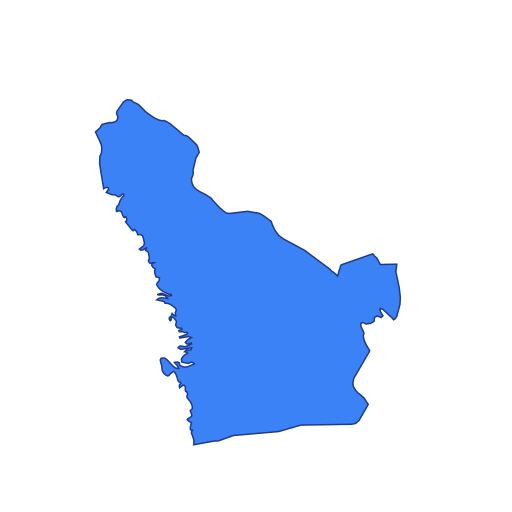 outline of Gävleborg, rotated 159°
{"feature_id": "SWE-178", "entity_name": "Gävleborg", "entity_type": "County", "adm_level": 1, "iso_a3": "SWE", "parent_name": "Sweden", "parent_adm1": "", "projection": "albers", "projection_center": [16.784, 61.282], "detail": "fine", "context": "isolated", "style": "filled", "palette": "blue", "viewbox_px": 512, "rotation_deg": 159, "n_neighbors": 0, "source": "natural_earth", "source_scale": "10m", "svg_char_len": 4945}
<svg xmlns="http://www.w3.org/2000/svg" viewBox="0 0 512 512"><g transform="rotate(159 256 256)"><path d="M381.8,102.1L380.4,105.1L379.9,107.6L379.7,111.1L379.8,113.3L379.4,114.8L377.7,116.2L379.5,117.3L378.7,119.7L376.0,123.7L377.0,124.6L378.2,126.2L378.9,127.8L378.1,128.5L374.1,129.2L373.2,129.8L372.8,131.6L373.0,133.6L372.8,135.2L371.0,135.9L370.2,136.4L369.6,137.8L369.3,139.7L369.3,142.0L369.7,144.2L370.8,147.3L371.1,148.7L370.8,149.9L369.7,150.8L369.4,151.7L369.3,151.4L369.3,152.7L369.3,154.2L369.7,154.2L370.1,154.7L370.2,155.6L369.7,157.2L369.3,158.0L369.0,158.9L368.9,159.9L369.2,160.8L370.3,161.6L374.6,160.3L374.2,162.0L373.6,163.1L372.8,163.7L371.8,163.9L371.8,165.3L373.2,166.1L373.5,168.1L373.2,170.8L373.1,173.6L373.6,176.9L374.3,177.8L378.4,176.7L379.8,175.8L381.3,175.6L382.9,177.2L384.0,179.3L384.5,181.3L384.5,183.3L383.9,185.2L383.3,187.6L383.1,190.7L382.6,193.3L381.4,194.4L379.7,194.3L378.4,193.7L377.2,192.6L376.1,190.7L373.0,183.1L371.2,180.2L368.5,178.7L368.6,181.0L369.1,182.7L370.3,185.9L367.1,185.1L365.9,183.7L366.2,181.0L363.1,178.1L359.5,177.1L352.2,177.4L353.3,179.4L354.6,180.1L357.5,179.9L363.3,183.5L362.6,186.5L360.0,188.5L356.9,189.5L354.7,189.7L354.7,190.9L355.3,191.1L357.0,192.2L354.6,193.3L350.7,191.6L348.9,193.4L359.7,195.8L361.7,198.2L359.8,199.2L358.3,198.9L355.3,197.0L353.4,196.6L347.7,197.0L347.7,198.2L350.8,198.1L352.1,198.7L353.0,200.6L349.4,202.5L345.5,203.0L347.7,204.9L356.5,206.7L356.5,207.9L348.4,207.6L347.5,208.6L348.3,209.5L350.2,210.2L351.8,211.8L353.9,212.3L354.8,212.8L354.8,214.1L351.3,214.1L351.3,215.2L354.6,216.8L355.4,217.7L355.8,219.9L355.3,221.1L354.5,222.1L353.7,223.8L354.2,225.4L354.5,226.8L355.2,228.0L356.1,228.8L357.2,228.8L357.7,227.9L358.1,226.8L358.9,226.2L359.5,226.8L359.6,228.0L359.2,229.3L358.4,229.9L357.4,230.0L356.5,230.5L355.7,231.3L354.9,232.4L354.3,231.1L353.3,229.4L352.4,228.8L351.7,232.1L350.0,233.7L349.7,235.5L350.1,236.5L352.6,240.8L355.1,243.2L357.9,244.6L358.1,246.5L364.4,250.6L361.9,251.3L359.1,250.8L353.8,248.1L355.1,251.7L357.4,253.3L360.0,254.1L362.1,255.4L358.4,255.2L356.9,254.7L352.4,250.3L351.0,249.7L349.1,249.5L349.1,250.7L351.2,251.7L353.8,254.3L356.3,257.4L358.0,260.4L359.1,264.7L357.8,266.3L355.5,267.4L353.9,270.2L356.9,272.5L356.5,277.0L355.9,278.5L354.6,279.9L356.3,282.4L356.7,284.6L355.7,286.1L353.5,286.2L354.4,286.7L356.8,286.7L357.6,287.2L358.0,288.3L358.2,289.5L358.0,290.5L357.3,290.9L356.6,291.7L356.0,293.6L355.5,296.0L355.3,298.3L355.6,299.0L356.3,299.9L357.1,300.7L355.3,302.6L354.7,303.0L359.2,302.3L361.4,302.6L362.4,304.3L357.3,305.7L355.5,308.0L354.8,312.9L354.7,315.0L354.7,315.7L356.6,317.7L358.1,317.9L358.8,318.3L358.6,320.5L358.8,321.7L359.6,323.9L359.9,324.5L361.2,323.5L362.0,323.9L362.4,324.7L365.6,334.8L364.9,335.0L364.1,335.5L363.5,336.3L363.3,337.2L363.6,339.3L364.3,339.4L365.0,339.0L365.6,339.8L365.9,342.1L365.7,343.9L365.8,345.5L366.9,346.9L368.6,347.5L369.9,347.3L370.3,347.9L369.3,350.5L368.3,351.8L365.5,353.4L363.1,356.3L359.9,358.8L357.9,359.6L357.4,360.5L357.5,361.3L358.1,361.7L359.1,361.5L361.0,360.6L361.9,360.3L363.7,360.9L365.4,363.5L368.3,364.7L373.0,368.9L369.5,371.3L369.5,372.6L370.9,373.6L372.7,373.8L374.1,373.4L369.0,398.0L366.0,405.1L364.5,406.3L363.0,408.2L361.1,412.6L360.5,416.1L361.4,429.4L355.5,431.6L353.8,433.3L352.1,434.0L344.8,433.1L344.2,432.8L343.6,432.4L343.3,432.2L339.8,431.8L338.4,432.0L337.1,432.5L335.7,434.3L335.2,435.2L335.0,436.3L335.2,437.5L335.0,439.2L334.0,440.9L324.7,447.2L322.2,447.9L320.1,448.0L316.5,446.2L315.7,444.2L314.7,443.0L313.0,441.3L311.4,439.4L310.0,436.5L307.6,430.9L305.9,427.8L301.2,421.0L298.2,418.0L296.2,416.5L294.8,415.8L293.4,415.5L291.3,413.5L288.6,410.0L280.4,395.1L279.9,394.5L279.3,394.0L278.2,393.5L277.2,392.5L275.9,390.4L271.6,381.2L271.4,378.7L271.8,373.2L276.9,369.1L284.0,358.8L284.9,355.8L286.3,353.6L288.1,351.8L288.6,351.1L289.5,347.9L289.6,345.6L289.4,343.1L287.9,339.7L285.5,336.3L280.8,331.1L277.2,326.1L276.0,322.2L272.8,314.5L270.6,310.3L268.2,306.5L265.1,305.1L247.8,300.7L237.7,294.7L234.9,291.4L229.5,283.1L229.4,282.5L229.5,281.2L229.5,278.6L229.1,273.2L227.5,267.2L224.2,262.0L208.6,243.9L191.6,216.9L190.8,214.5L189.6,213.2L186.9,208.1L183.4,213.0L181.9,214.5L180.8,216.3L179.5,217.2L146.4,216.2L145.7,215.3L145.5,213.6L143.9,210.6L143.0,203.5L127.5,197.9L131.1,191.0L133.7,174.8L136.1,165.6L139.0,159.1L146.2,149.2L148.8,147.4L150.5,147.2L150.9,148.9L156.5,160.4L157.6,161.6L158.8,162.5L159.4,161.7L159.8,159.5L158.9,154.7L161.1,153.7L164.3,156.6L167.3,156.2L169.3,152.6L173.2,152.1L177.5,153.0L179.8,155.5L181.9,155.7L183.2,153.4L183.1,149.9L182.8,147.4L182.8,145.8L183.2,144.5L184.5,143.2L185.0,140.2L185.2,137.2L185.0,134.0L183.8,126.9L184.6,126.0L208.6,106.7L211.1,102.6L211.9,99.0L211.1,94.9L210.0,91.8L208.2,89.0L206.0,84.6L204.4,77.2L218.8,65.5L223.1,64.0L226.9,64.6L274.8,82.1L297.8,84.0L341.3,96.5L357.7,96.9L361.5,98.3L381.8,102.1Z" fill="#3b82f6" stroke="#1e3a8a" stroke-width="1.5"/></g></svg>